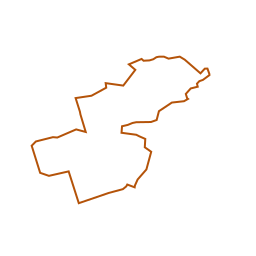 Sagadahoc, Maine, United States of America, rotated 240°
{"feature_id": "52423323B29513042802619", "entity_name": "Sagadahoc", "entity_type": "district", "adm_level": 2, "iso_a3": "USA", "parent_name": "United States of America", "parent_adm1": "Maine", "projection": "albers", "projection_center": [-69.847, 43.935], "detail": "fine", "context": "isolated", "style": "outline", "palette": "amber", "viewbox_px": 256, "rotation_deg": 240, "n_neighbors": 0, "source": "geoboundaries", "source_scale": "gbopen_adm2", "svg_char_len": 940}
<svg xmlns="http://www.w3.org/2000/svg" viewBox="0 0 256 256"><g transform="rotate(240 128 128)"><path d="M87.5,47.8L81.4,78.8L77.6,93.0L78.3,97.3L79.4,99.1L73.3,104.1L74.7,105.2L78.6,110.6L82.9,123.2L95.8,136.2L102.9,132.9L109.9,137.5L115.2,133.6L118.0,131.8L127.1,120.0L132.5,123.7L130.8,129.3L130.1,134.4L128.9,138.0L121.7,150.9L120.6,156.8L127.1,163.2L128.1,178.7L123.2,189.9L123.2,194.5L124.2,194.1L128.6,195.1L130.9,202.1L128.9,209.0L131.9,209.9L132.9,213.2L132.2,216.9L133.1,225.0L134.2,225.5L139.7,226.5L141.0,224.2L139.1,218.1L158.8,211.3L163.9,208.5L167.8,197.8L171.8,194.8L174.3,190.4L175.1,188.0L174.9,184.3L175.8,180.4L178.5,175.1L181.0,174.3L182.7,160.6L174.7,163.4L167.1,145.1L178.0,131.1L173.8,129.3L174.2,112.5L180.1,97.6L166.1,94.5L163.6,93.6L145.7,89.4L152.7,82.4L155.1,62.0L157.6,58.4L162.4,41.5L160.8,35.7L159.8,35.5L133.1,29.5L126.1,35.6L120.1,54.9L87.5,47.8Z" fill="none" stroke="#b45309" stroke-width="2"/></g></svg>